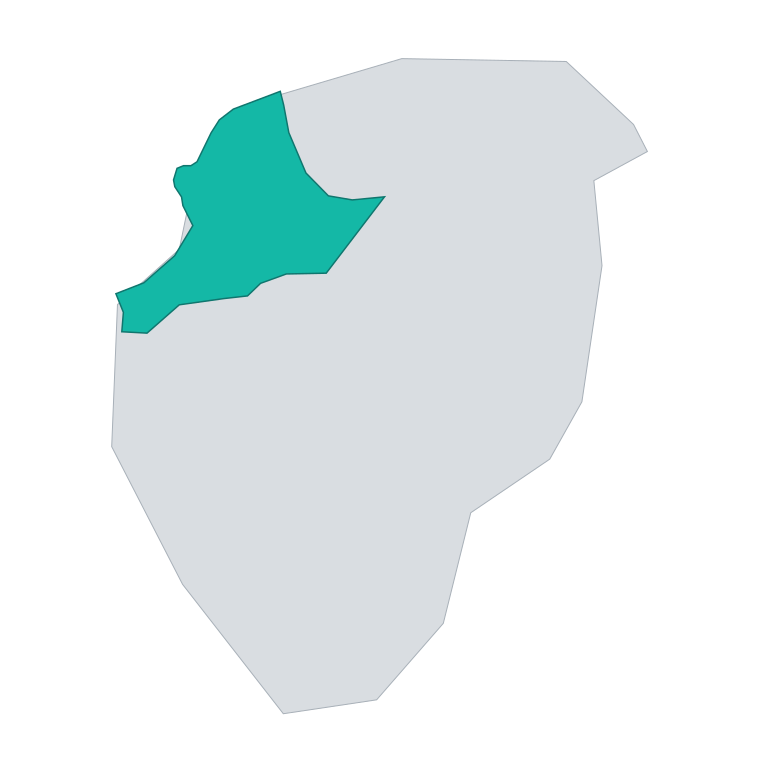 Grand Port on a map of Mauritius (Albers equal-area conic projection), rotated 177°
{"feature_id": "MUS-5185", "entity_name": "Grand Port", "entity_type": "District", "adm_level": 1, "iso_a3": "MUS", "parent_name": "Mauritius", "parent_adm1": "", "projection": "albers", "projection_center": [57.689, -20.397], "detail": "fine", "context": "in_parent", "style": "filled", "palette": "teal", "viewbox_px": 768, "rotation_deg": 177, "n_neighbors": 0, "source": "natural_earth", "source_scale": "10m", "svg_char_len": 843}
<svg xmlns="http://www.w3.org/2000/svg" viewBox="0 0 768 768"><g transform="rotate(177 384 384)"><path d="M495.8,672.8L349.2,708.0L185.1,696.5L121.2,630.1L108.8,602.4L163.8,576.1L160.1,490.8L187.3,355.9L222.4,300.3L304.1,250.9L337.3,141.9L407.9,69.0L501.8,60.0L595.6,194.4L659.2,335.7L646.0,477.3L581.4,529.2L560.0,610.9L495.8,672.8Z" fill="#d9dde1" stroke="#a8b0b8" stroke-width="1"/><path d="M643.1,449.9L640.5,469.2L647.0,488.2L618.6,497.6L586.3,523.1L566.6,552.2L575.5,572.7L576.4,581.4L582.6,592.0L583.5,598.8L579.4,610.2L572.8,612.5L565.4,612.1L559.1,615.7L543.5,643.9L534.6,656.4L520.1,666.4L472.3,681.7L469.6,667.9L465.9,640.0L450.9,598.8L429.7,574.8L406.1,569.5L373.7,570.9L435.9,497.7L475.8,499.0L502.0,491.0L515.7,479.1L539.4,477.7L584.3,473.8L618.0,447.2L643.1,449.9Z" fill="#14b8a6" stroke="#0f766e" stroke-width="1.5"/></g></svg>